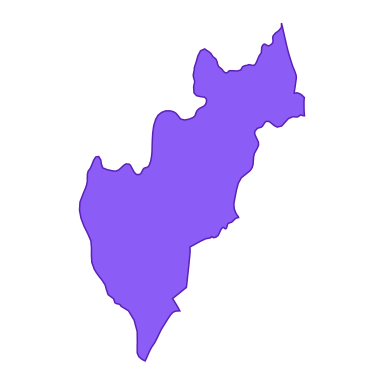 the State of Querétaro
{"feature_id": "MEX-2733", "entity_name": "Querétaro", "entity_type": "State", "adm_level": 1, "iso_a3": "MEX", "parent_name": "Mexico", "parent_adm1": "", "projection": "equal_earth", "projection_center": [-99.752, 20.792], "detail": "fine", "context": "isolated", "style": "filled", "palette": "violet", "viewbox_px": 384, "rotation_deg": 0, "n_neighbors": 0, "source": "natural_earth", "source_scale": "10m", "svg_char_len": 3970}
<svg xmlns="http://www.w3.org/2000/svg" viewBox="0 0 384 384"><path d="M304.3,97.5L304.2,98.8L304.1,100.1L304.0,101.4L304.0,102.7L304.0,106.9L304.1,111.4L304.5,115.8L303.1,115.7L300.9,115.0L299.8,115.4L298.8,116.3L297.6,116.9L296.3,117.0L292.8,116.7L288.3,118.7L281.7,126.0L277.2,127.1L274.4,125.7L269.2,121.5L266.2,121.4L265.0,122.3L262.4,126.3L261.0,127.3L258.3,128.0L257.1,128.6L254.7,131.6L254.9,134.6L258.4,142.1L258.6,145.0L257.4,148.0L254.4,153.4L253.6,156.9L253.1,164.2L252.2,167.5L251.0,169.5L249.6,171.1L241.3,177.8L238.3,183.3L236.5,189.8L234.0,202.9L233.9,204.8L234.3,208.9L235.6,212.5L237.2,215.4L238.2,216.4L238.6,217.6L236.4,218.0L234.7,219.2L233.3,220.7L231.9,222.0L231.0,222.4L229.8,222.8L228.6,223.3L228.0,223.6L227.4,224.9L227.0,226.5L226.5,228.0L225.7,228.8L225.0,228.7L224.2,228.0L223.5,227.5L222.8,227.5L221.6,228.6L220.7,230.0L219.9,231.7L219.2,233.5L217.9,235.7L215.8,237.2L213.5,237.7L211.5,236.6L211.3,236.9L211.1,237.2L210.8,237.5L210.6,237.8L205.6,238.8L200.3,241.3L194.9,244.3L190.0,247.0L190.0,248.1L190.1,249.2L190.1,250.2L190.1,251.3L189.8,255.8L189.3,260.2L188.9,264.7L188.4,269.2L187.9,273.8L187.4,278.3L186.9,282.9L186.4,287.4L182.9,290.2L179.5,293.0L176.0,295.8L172.5,298.6L174.5,301.6L176.3,304.6L178.1,307.7L179.8,310.9L175.7,311.1L172.9,312.3L170.6,314.8L167.9,318.8L166.2,321.5L164.6,324.1L162.9,326.8L161.3,329.4L159.1,333.9L156.9,338.5L154.6,342.9L151.9,346.8L151.6,347.3L151.3,347.7L151.1,348.2L150.8,348.7L149.3,351.7L147.9,354.8L146.6,357.9L145.1,361.0L141.6,359.1L138.8,356.6L137.2,352.9L137.2,347.6L137.2,346.3L137.2,345.0L137.3,343.7L137.3,342.4L137.2,331.6L134.1,320.1L128.5,310.8L121.1,306.3L120.1,304.7L118.5,304.0L116.7,303.7L115.0,302.8L113.5,298.6L110.8,296.7L108.1,294.6L106.5,289.9L105.1,284.9L102.4,280.6L99.2,276.6L96.3,272.6L95.8,271.7L95.2,270.8L94.7,269.9L94.2,269.0L91.8,262.3L91.4,255.3L91.5,248.1L90.9,240.9L89.3,237.2L87.7,233.5L85.9,229.9L84.1,226.4L81.0,218.2L79.5,210.2L80.0,202.0L83.2,193.6L84.5,190.6L85.7,187.6L86.7,184.5L87.3,181.2L87.3,177.4L87.4,174.1L88.2,171.1L90.3,168.3L91.9,164.7L93.6,160.3L95.7,157.0L98.7,156.5L100.8,160.0L101.4,164.2L102.8,167.9L107.0,169.6L110.0,170.3L113.0,170.9L115.9,171.1L118.8,169.9L121.1,167.8L123.5,165.5L126.0,163.9L128.8,164.1L129.3,164.3L129.7,164.6L130.1,165.0L130.5,165.4L132.3,168.7L134.1,172.1L136.4,174.5L139.6,174.5L140.9,173.4L141.9,171.7L142.7,169.9L143.8,168.4L145.1,167.8L146.5,167.5L147.8,167.0L149.1,165.5L150.6,161.4L151.5,156.8L152.0,152.0L152.1,147.4L152.3,140.3L152.7,133.0L153.7,125.8L155.7,119.3L158.1,115.2L161.6,112.4L165.5,110.9L169.4,110.8L171.7,111.2L174.0,112.0L176.1,113.4L177.9,115.5L180.6,119.0L184.6,120.0L188.9,119.2L192.7,117.7L194.7,116.2L195.5,114.5L196.0,112.7L197.1,110.6L198.5,109.1L200.2,108.0L202.0,107.1L203.9,106.2L205.6,104.3L206.5,101.7L206.4,99.1L204.7,97.2L200.4,96.6L196.6,95.7L194.0,92.9L193.6,86.8L194.1,84.3L194.6,82.6L194.6,80.8L193.7,78.0L193.2,75.4L193.6,72.9L194.2,70.4L194.3,67.7L196.1,62.2L197.9,55.9L200.5,50.8L204.7,48.9L206.5,50.2L208.7,51.6L210.7,53.2L212.0,55.2L212.9,56.6L214.0,57.5L215.0,58.2L216.1,59.4L217.0,61.5L217.6,64.0L218.4,66.2L219.9,67.6L221.3,68.6L222.5,70.0L223.6,71.5L225.0,72.6L226.7,73.0L227.7,72.3L228.5,71.3L229.6,70.7L232.9,70.7L236.9,71.0L240.6,70.1L242.6,66.7L243.7,66.2L244.8,65.7L245.9,65.5L247.1,65.3L249.0,64.6L250.9,65.0L252.8,65.4L254.5,65.1L255.4,64.1L256.2,62.7L256.9,61.2L257.4,59.9L258.0,58.5L258.7,56.8L259.5,55.2L260.3,54.3L261.3,52.6L261.5,50.0L261.7,47.3L262.8,45.1L263.6,44.4L264.3,44.1L265.0,44.2L265.9,44.7L267.6,45.7L268.7,45.9L269.9,45.3L271.5,44.2L272.9,42.4L273.0,40.3L272.7,38.1L273.0,36.0L275.3,33.2L278.8,30.6L281.4,27.5L281.5,23.0L281.7,24.0L281.9,24.9L282.2,25.9L282.4,26.8L283.5,31.7L284.6,36.5L285.7,41.4L286.8,46.2L288.1,51.3L289.5,56.2L291.0,61.1L292.6,66.0L293.7,68.6L295.0,71.9L296.1,75.1L296.4,77.8L295.8,81.7L295.3,85.5L294.7,89.3L294.2,93.2L296.9,92.8L299.6,93.6L302.1,95.3L304.3,97.5Z" fill="#8b5cf6" stroke="#5b21b6" stroke-width="1.5"/></svg>